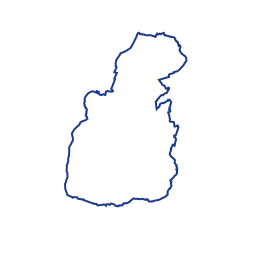 the district of Prigoria, Gorj, Romania, rotated 331°
{"feature_id": "2599482B96975786265772", "entity_name": "Prigoria", "entity_type": "district", "adm_level": 2, "iso_a3": "ROU", "parent_name": "Romania", "parent_adm1": "Gorj", "projection": "albers", "projection_center": [23.699, 45.065], "detail": "fine", "context": "isolated", "style": "outline", "palette": "blue", "viewbox_px": 256, "rotation_deg": 331, "n_neighbors": 0, "source": "geoboundaries", "source_scale": "gbopen_adm2", "svg_char_len": 5786}
<svg xmlns="http://www.w3.org/2000/svg" viewBox="0 0 256 256"><g transform="rotate(331 128 128)"><path d="M130.3,205.5L130.9,204.8L131.4,203.4L131.6,203.0L134.1,201.3L134.6,201.2L135.4,201.4L135.6,201.2L136.3,200.6L137.6,200.0L138.2,198.9L138.6,197.5L138.9,197.1L139.4,196.7L139.1,196.6L139.2,196.2L139.5,194.8L139.5,194.6L139.7,194.2L140.9,194.1L141.1,194.3L141.7,193.9L143.5,193.4L145.1,192.6L148.0,192.0L149.1,191.1L149.2,190.5L149.7,189.9L150.1,189.0L150.0,188.5L150.2,187.8L150.8,188.2L151.5,187.0L151.7,186.5L151.6,185.6L151.7,184.9L151.9,184.5L152.5,184.2L152.1,183.4L152.1,182.7L151.9,181.8L152.0,180.9L153.5,178.8L153.3,177.7L152.8,176.4L152.7,175.6L152.2,175.0L152.0,174.4L151.9,173.7L151.9,172.8L151.8,172.1L151.8,171.1L153.8,169.1L154.7,168.4L155.1,167.6L155.5,167.4L155.3,167.0L155.4,166.8L157.9,165.3L158.9,164.3L159.5,164.5L159.5,164.8L159.9,165.0L159.8,165.4L160.1,166.1L163.3,162.4L164.3,161.6L164.5,161.2L164.6,160.8L164.7,159.6L164.7,159.3L164.1,158.7L164.0,158.2L164.5,157.2L164.8,156.9L165.4,157.3L166.1,157.6L172.4,152.0L172.5,151.8L172.2,151.5L172.2,151.3L172.8,150.1L171.9,149.7L170.2,149.7L169.9,149.4L169.4,149.2L171.0,145.1L167.8,142.7L168.2,141.5L169.0,140.6L169.6,138.4L170.3,136.9L170.3,135.9L170.7,133.8L172.1,134.0L173.0,134.0L173.1,133.6L172.8,132.0L173.9,131.9L173.8,130.5L174.3,130.1L175.1,129.9L176.1,128.5L178.4,126.2L177.9,123.3L176.5,123.5L176.4,122.9L175.1,123.5L171.1,123.5L170.5,123.0L170.2,122.8L169.0,122.6L167.7,122.7L167.4,122.7L166.6,123.8L166.3,123.9L165.9,124.3L164.4,124.9L163.0,125.0L162.3,125.3L164.9,118.6L165.1,118.4L165.9,118.3L167.5,117.3L168.2,117.0L168.5,117.1L169.6,116.8L170.3,116.3L171.6,115.9L172.5,115.5L173.0,115.5L173.9,115.7L174.3,115.9L174.6,116.4L175.9,115.7L177.6,115.8L178.0,116.0L178.7,116.0L179.3,115.9L180.3,115.1L180.7,115.0L180.8,114.7L181.1,114.4L181.8,114.1L182.5,114.1L183.3,112.8L182.8,112.2L182.2,112.2L181.5,112.7L180.2,111.9L180.5,109.0L180.2,108.3L179.7,108.0L178.9,106.9L179.0,105.0L178.7,103.7L178.6,101.9L178.4,100.9L188.8,103.2L189.1,101.9L189.7,101.2L190.0,101.2L191.1,101.3L192.4,101.6L195.1,102.1L195.2,101.4L196.0,101.5L198.6,102.3L201.4,101.9L204.8,100.7L205.9,100.5L211.9,97.3L212.8,94.9L212.9,94.1L212.6,92.2L212.0,91.4L211.4,89.7L210.9,88.9L210.8,86.5L210.7,85.8L210.9,85.4L210.8,85.0L211.1,84.3L211.7,84.1L212.4,83.2L213.1,82.6L213.3,82.2L213.5,81.5L213.4,81.0L212.7,81.3L212.2,80.9L212.6,79.5L212.6,78.8L212.8,78.4L212.9,77.7L213.1,77.5L212.9,77.0L213.0,76.3L212.7,75.7L212.3,75.7L212.2,75.2L212.1,74.3L212.4,73.5L212.2,73.2L212.5,72.9L212.4,72.5L212.5,71.5L211.9,70.6L210.2,69.7L209.8,69.3L209.8,68.8L209.3,68.4L208.8,68.2L208.2,67.8L208.1,67.5L207.7,66.9L205.4,65.1L205.6,64.6L205.0,64.2L205.3,62.6L205.1,62.6L205.2,62.1L203.4,61.8L202.3,62.0L202.1,61.5L201.5,60.8L200.7,60.9L199.8,60.8L199.9,60.4L199.3,59.5L197.4,60.6L196.3,61.7L195.6,61.2L195.3,60.2L194.1,59.3L192.5,57.6L191.3,56.9L190.0,56.4L189.1,55.9L188.9,55.5L188.0,54.7L187.5,54.5L187.3,54.0L186.7,53.5L185.8,53.2L185.3,52.4L184.7,52.0L184.0,51.8L184.0,50.6L183.9,50.3L183.4,50.2L183.2,49.8L182.7,49.9L181.1,50.8L179.8,52.2L174.6,55.8L170.4,58.6L168.8,59.3L166.7,59.5L162.6,59.6L161.1,59.5L157.7,59.0L157.5,59.4L152.4,62.0L150.3,63.2L148.4,65.8L147.9,67.0L147.2,67.7L147.3,67.9L147.5,67.9L147.6,69.2L143.1,72.5L145.0,74.5L143.1,75.7L142.4,76.4L140.2,77.9L140.0,78.2L140.4,78.9L134.0,84.4L132.9,85.1L132.3,85.7L132.5,85.9L132.9,88.4L132.0,88.6L131.8,88.5L130.4,87.7L129.8,87.0L128.5,86.4L128.1,85.8L127.9,85.6L126.7,85.6L125.8,86.0L125.8,86.3L125.7,86.6L124.6,87.4L124.2,88.1L123.8,87.9L123.6,87.2L122.7,86.4L121.2,86.5L120.6,86.3L120.5,85.9L119.4,85.1L119.5,84.5L118.5,83.1L119.1,82.5L119.5,82.9L120.0,82.3L119.0,81.1L118.6,80.7L117.9,81.9L117.7,81.9L115.3,79.1L114.6,78.6L110.5,78.2L107.6,79.2L106.6,79.8L104.6,80.9L103.3,83.2L103.1,83.9L102.0,84.7L101.8,85.0L101.4,86.2L101.1,86.7L101.2,87.0L100.9,87.6L101.0,87.8L101.0,88.6L100.9,88.8L100.7,89.4L101.0,89.6L101.1,89.9L100.8,90.6L100.9,90.8L100.9,91.0L101.1,91.4L100.9,92.0L100.2,92.8L99.8,93.1L99.8,93.4L99.4,93.6L99.2,94.4L98.7,94.7L98.6,95.3L98.2,95.6L97.7,95.7L97.1,96.7L97.3,97.2L97.2,97.6L97.4,98.1L97.4,98.5L97.1,98.8L97.2,99.5L97.0,100.2L96.6,100.2L95.3,100.6L93.4,100.4L91.8,100.0L89.3,100.0L88.4,100.4L87.7,101.1L87.0,101.6L83.5,102.3L79.7,103.4L78.4,104.4L76.4,105.4L76.0,106.2L75.9,106.9L75.6,107.4L74.9,110.0L74.4,111.1L73.9,111.8L73.3,112.4L71.3,113.7L70.4,114.4L67.4,116.2L66.6,117.4L65.0,120.5L63.9,122.0L63.0,123.5L60.7,125.8L60.5,126.7L58.7,129.0L57.9,129.8L56.9,130.4L56.3,131.1L55.5,132.8L54.5,134.1L53.3,136.2L53.2,138.0L52.1,139.8L51.7,141.0L50.7,142.2L48.8,143.6L47.8,144.9L45.5,146.7L45.2,147.8L44.3,149.3L43.5,151.5L42.5,157.2L43.0,157.8L43.0,158.0L45.9,161.7L45.9,162.0L46.5,161.9L49.8,163.9L50.0,165.0L49.9,165.4L50.0,165.6L51.0,166.6L51.7,166.9L53.7,168.7L53.9,168.5L54.6,169.3L54.3,169.6L60.1,176.2L60.6,176.8L61.0,176.9L61.3,177.3L61.2,177.6L61.5,177.9L62.7,178.5L63.7,179.3L63.8,179.9L63.7,180.7L64.8,181.5L66.0,181.7L68.6,182.9L69.8,183.2L70.4,183.7L71.1,185.3L71.8,184.6L72.6,184.5L73.0,184.6L73.6,185.0L74.6,186.0L74.7,186.3L76.6,185.8L76.8,186.2L78.0,187.2L79.0,188.5L79.3,190.0L79.9,190.4L80.0,190.6L80.5,191.1L81.0,191.1L81.2,191.5L81.8,191.9L82.9,191.4L84.8,192.6L85.2,192.6L85.6,192.9L86.6,192.0L87.2,192.1L87.6,191.9L87.8,192.3L89.5,192.4L89.9,192.9L90.5,193.2L92.9,193.4L93.4,193.4L94.1,192.9L98.9,192.3L99.8,193.4L101.3,194.1L102.1,194.9L103.1,195.3L103.9,196.1L106.3,196.9L107.9,198.8L108.2,198.8L108.3,199.2L108.8,199.5L109.1,199.6L109.6,199.3L109.9,199.3L110.6,200.2L110.7,200.4L110.4,200.8L110.4,201.2L110.8,201.8L110.8,202.4L111.9,203.2L112.9,203.7L113.5,203.7L113.8,204.1L116.2,204.5L119.7,205.7L122.1,206.0L123.2,205.9L127.0,206.2L127.5,206.1L128.6,205.7L130.3,205.5Z" fill="none" stroke="#1e3a8a" stroke-width="2"/></g></svg>